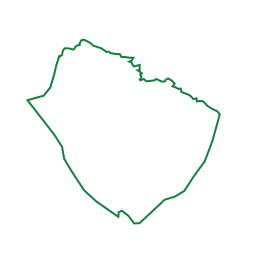 outline of Sanniquellie Mahn, Nimba, Liberia, rotated 78°
{"feature_id": "62588387B26498986950089", "entity_name": "Sanniquellie Mahn", "entity_type": "district", "adm_level": 2, "iso_a3": "LBR", "parent_name": "Liberia", "parent_adm1": "Nimba", "projection": "mercator", "projection_center": [-8.749, 7.383], "detail": "fine", "context": "isolated", "style": "outline", "palette": "green", "viewbox_px": 256, "rotation_deg": 78, "n_neighbors": 0, "source": "geoboundaries", "source_scale": "gbopen_adm2", "svg_char_len": 1513}
<svg xmlns="http://www.w3.org/2000/svg" viewBox="0 0 256 256"><g transform="rotate(78 128 128)"><path d="M81.2,219.9L100.5,210.6L103.9,208.9L115.1,203.5L119.0,201.6L132.7,196.4L143.6,196.8L144.9,196.8L155.7,193.1L159.2,191.9L161.1,191.2L169.9,187.8L170.9,187.4L179.9,183.8L184.6,180.5L185.2,180.0L192.5,174.8L193.9,173.8L203.9,164.3L210.7,158.0L212.8,155.9L208.5,154.7L207.6,151.1L214.4,145.6L222.6,141.9L223.5,136.5L214.8,122.0L207.7,110.2L205.8,107.1L204.9,96.6L201.3,86.1L196.9,81.7L192.6,77.3L191.7,76.5L189.4,74.2L176.7,60.0L168.5,54.7L158.1,48.1L150.9,44.3L133.9,35.5L132.7,35.8L129.9,37.5L127.1,41.4L122.9,45.7L117.4,49.1L116.4,52.5L116.3,55.1L113.2,54.8L113.2,58.2L111.2,59.2L108.8,60.9L106.6,64.0L104.0,68.2L100.4,68.3L100.1,70.9L98.2,72.9L96.5,75.7L94.2,73.1L90.3,75.7L88.0,78.5L88.4,80.5L90.1,82.3L89.7,85.2L86.0,90.0L86.9,92.8L86.8,93.6L86.1,100.4L83.4,102.3L83.9,106.1L83.0,106.3L82.8,105.2L80.3,104.2L78.2,105.0L77.3,103.1L73.6,106.5L73.8,104.6L68.7,103.4L69.0,107.5L69.0,109.6L64.8,111.1L63.3,112.9L63.1,110.7L60.4,108.2L59.5,112.1L57.8,116.5L57.4,119.6L54.1,120.6L52.8,125.4L51.9,127.5L51.1,129.6L49.5,130.7L49.1,133.1L44.4,137.7L40.0,145.2L37.9,146.3L35.6,148.7L32.5,152.7L32.5,155.4L35.4,157.9L36.7,157.9L36.7,160.4L37.5,162.5L38.6,163.3L40.0,165.0L38.4,168.1L37.4,170.9L37.3,171.3L36.9,173.6L39.4,176.0L42.8,177.3L44.0,180.0L43.5,180.3L51.9,185.2L60.1,189.0L66.0,192.2L72.2,195.6L78.9,203.8L79.4,212.8L79.9,219.9L80.0,220.5L81.2,219.9Z" fill="none" stroke="#15803d" stroke-width="2"/></g></svg>